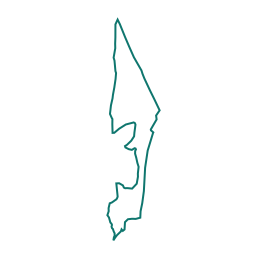 Israel, Equal Earth projection, rotated 171°
{"feature_id": "ISR", "entity_name": "Israel", "entity_type": "country or territory", "adm_level": 0, "iso_a3": "ISR", "parent_name": "Asia", "parent_adm1": "", "projection": "equal_earth", "projection_center": [35.212, 31.447], "detail": "fine", "context": "isolated", "style": "outline", "palette": "teal", "viewbox_px": 256, "rotation_deg": 171, "n_neighbors": 0, "source": "natural_earth", "source_scale": "50m", "svg_char_len": 1372}
<svg xmlns="http://www.w3.org/2000/svg" viewBox="0 0 256 256"><g transform="rotate(171 128 128)"><path d="M160.0,19.3L159.0,22.3L158.0,23.8L157.7,26.1L158.3,28.0L158.7,30.6L159.4,31.4L159.7,33.1L159.0,34.8L159.3,36.1L160.2,37.4L160.8,42.6L162.0,45.1L160.1,48.8L159.7,51.9L157.8,56.5L155.7,56.9L150.6,59.4L149.9,60.2L149.0,61.7L148.9,62.8L148.2,75.1L145.4,74.8L142.0,72.1L141.4,69.8L140.3,69.0L137.9,68.7L133.4,67.5L128.1,71.6L125.8,78.3L125.4,81.4L123.6,88.0L124.2,92.1L124.5,97.3L125.0,101.6L124.5,104.2L123.5,105.6L123.8,106.6L124.7,107.0L127.6,105.8L130.6,107.0L133.6,109.2L133.8,110.6L131.7,111.5L126.8,114.9L123.3,118.8L122.4,122.4L120.1,130.1L120.4,131.7L121.5,132.6L129.6,131.8L136.8,128.7L142.3,125.4L144.0,125.6L142.9,134.1L142.0,139.3L142.4,140.2L143.6,144.7L141.3,153.0L138.6,159.8L137.7,163.0L135.2,170.1L132.6,178.4L131.2,184.1L131.5,186.2L130.8,196.7L131.2,199.7L128.1,208.8L127.5,213.3L126.3,219.4L124.2,232.3L121.3,236.7L119.8,231.8L116.6,218.0L114.2,208.5L111.1,196.9L105.7,182.7L105.2,179.3L104.1,174.4L100.4,161.6L97.5,152.3L94.0,140.5L98.3,135.9L98.4,132.0L105.7,123.0L105.7,122.1L103.7,119.7L104.0,119.3L112.1,102.6L117.3,86.1L122.2,63.2L125.7,51.5L128.6,43.8L129.9,37.5L134.6,37.0L138.1,37.7L142.3,37.9L145.7,35.5L147.3,28.3L149.2,27.2L150.2,28.9L151.2,27.0L155.6,23.9L157.8,21.8L160.0,19.3Z" fill="none" stroke="#0f766e" stroke-width="2"/></g></svg>